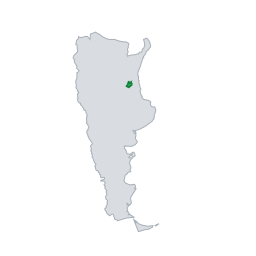 location of Paraná, Entre Ríos, Argentina, rotated 341°
{"feature_id": "61730980B11552095323688", "entity_name": "Paraná", "entity_type": "district", "adm_level": 2, "iso_a3": "ARG", "parent_name": "Argentina", "parent_adm1": "Entre Ríos", "projection": "natural_earth1", "projection_center": [-59.902, -31.635], "detail": "fine", "context": "in_parent", "style": "filled", "palette": "green", "viewbox_px": 256, "rotation_deg": 341, "n_neighbors": 0, "source": "geoboundaries", "source_scale": "gbopen_adm2", "svg_char_len": 4769}
<svg xmlns="http://www.w3.org/2000/svg" viewBox="0 0 256 256"><g transform="rotate(341 128 128)"><path d="M155.9,78.0L154.5,80.6L154.8,82.2L153.5,86.2L153.9,87.0L152.8,88.9L153.2,90.9L152.6,92.9L152.9,95.4L152.5,96.1L151.6,96.3L151.0,99.8L151.7,103.1L151.0,103.7L152.3,106.2L156.0,108.3L157.9,110.4L157.9,111.3L156.9,112.6L156.8,113.8L157.3,115.3L158.3,116.2L160.1,116.8L160.3,119.0L160.0,120.4L156.6,125.3L155.8,127.4L152.7,129.6L144.4,132.1L138.0,133.0L134.4,132.8L131.9,131.8L132.2,134.6L133.4,135.4L132.7,135.4L133.3,135.9L133.0,138.2L132.2,138.6L131.7,140.5L131.7,142.1L132.5,143.5L131.8,144.8L129.0,146.2L125.7,146.5L119.6,144.3L119.9,144.0L119.5,143.9L118.5,144.3L118.2,146.1L118.9,149.0L118.7,151.5L119.1,152.3L121.3,153.3L121.2,154.3L121.9,154.4L123.5,154.1L123.7,153.3L122.8,153.0L125.0,152.4L125.8,153.4L125.9,156.0L125.5,156.7L123.9,157.1L123.4,157.0L122.4,155.2L121.6,154.9L119.3,155.8L119.0,156.4L122.5,157.7L120.0,159.0L118.0,161.4L118.0,165.7L117.6,167.0L116.2,168.1L116.0,168.9L116.5,169.4L116.3,170.2L113.6,169.9L111.8,171.3L110.0,171.7L107.0,176.6L107.5,179.0L111.1,182.4L115.6,183.3L116.2,184.5L116.0,185.8L115.5,186.7L113.9,187.4L115.3,187.4L115.9,188.1L108.2,194.2L107.3,196.0L106.9,199.7L106.3,200.5L104.8,201.2L103.6,200.4L102.7,199.1L102.8,200.2L101.3,200.6L103.1,200.6L104.0,201.5L101.6,202.8L101.0,204.1L100.7,205.7L99.8,206.7L100.6,206.5L101.4,209.8L99.5,210.0L101.8,210.6L104.7,214.4L104.4,214.6L104.3,214.3L97.3,212.6L87.9,212.3L88.0,211.8L85.7,209.8L86.1,208.3L85.7,207.1L86.1,206.0L85.7,204.6L84.9,204.2L82.0,205.0L80.1,201.3L80.1,199.3L79.5,198.0L80.0,196.4L81.5,196.3L81.9,194.6L83.8,193.3L83.7,191.6L84.9,190.7L85.1,189.9L83.9,187.7L84.6,185.4L86.7,183.6L86.4,181.4L87.5,180.3L86.5,177.3L87.6,176.0L87.0,175.3L86.9,173.7L88.0,173.3L88.7,171.6L87.5,170.0L85.3,169.6L85.1,168.8L89.0,168.7L89.5,167.5L89.2,166.7L86.2,166.4L86.2,164.7L86.8,163.6L86.1,162.5L86.3,161.5L85.5,160.0L86.2,159.3L84.2,157.8L84.1,155.2L84.5,154.6L84.2,153.2L85.9,152.0L85.0,149.5L85.0,144.8L84.6,143.6L85.6,141.7L85.1,140.4L85.8,139.4L85.4,137.0L86.3,136.8L86.8,132.7L89.0,131.4L89.4,130.6L87.7,125.4L87.8,123.4L87.4,122.5L87.8,121.3L87.4,119.6L88.0,117.6L89.5,116.8L89.6,116.1L91.2,114.8L91.0,111.4L90.2,109.7L91.0,109.1L91.5,106.5L92.6,103.8L93.6,103.3L93.3,100.2L93.6,97.4L92.2,96.9L92.5,94.9L92.0,94.4L91.7,92.3L90.7,90.5L90.7,89.6L91.2,89.1L90.1,88.4L89.4,86.7L89.5,85.1L89.7,84.0L90.7,83.3L90.5,82.5L91.3,79.3L92.4,79.1L93.0,78.0L92.3,77.3L92.5,75.4L91.9,72.6L92.9,71.2L93.7,66.9L96.1,63.9L97.7,59.0L99.0,58.9L100.4,57.9L98.9,54.8L99.8,52.8L98.8,48.6L99.0,47.0L99.8,46.1L98.9,44.5L99.2,43.2L100.5,41.8L105.1,39.5L106.8,33.1L105.8,31.9L108.3,28.1L110.1,27.5L110.9,25.6L113.3,27.4L117.3,27.5L119.4,28.2L120.9,32.0L123.0,27.0L128.6,26.8L129.8,28.6L131.9,30.6L133.5,33.4L138.2,37.8L144.1,39.9L147.8,42.8L152.1,45.3L154.2,45.9L155.8,47.6L156.2,48.9L155.2,49.9L154.5,51.9L153.4,52.9L152.9,54.2L153.0,55.8L150.7,58.9L150.8,60.0L153.1,59.8L158.5,61.0L161.2,61.0L162.0,61.5L163.4,60.1L165.8,60.7L167.3,58.1L168.8,57.6L170.4,55.9L171.2,53.7L171.6,49.2L172.5,49.5L174.0,48.8L175.4,49.7L176.5,53.6L176.2,57.3L175.5,58.8L173.9,59.7L173.0,60.7L170.3,61.5L168.9,63.5L165.7,65.6L165.8,66.7L164.8,66.7L159.3,74.3L155.9,78.0ZM104.1,229.4L103.6,216.4L105.6,219.0L104.7,218.8L104.5,220.0L106.0,220.3L106.7,221.8L110.1,224.7L115.1,227.5L119.9,228.4L118.7,229.8L113.9,230.4L111.1,229.7L104.1,229.4ZM121.9,229.2L123.3,228.7L126.2,228.6L122.5,229.7L121.9,229.2ZM134.1,133.9L134.0,134.5L133.2,133.6L134.1,133.9Z" fill="#d9dde1" stroke="#a8b0b8" stroke-width="1"/><path d="M142.2,89.7L142.3,89.7L142.5,89.6L142.8,89.3L143.0,89.4L143.2,89.5L143.3,89.5L143.5,89.4L143.5,89.2L143.9,89.1L143.9,88.9L144.0,88.9L144.0,88.6L144.3,88.7L144.4,88.8L144.5,88.8L144.8,88.9L145.0,88.8L145.1,88.7L145.3,88.7L145.5,88.6L145.5,88.4L145.6,88.2L145.7,87.9L145.7,87.7L145.8,87.6L146.0,87.5L146.0,87.4L146.0,87.5L146.0,87.4L146.0,87.5L146.0,87.4L146.1,87.2L145.9,87.0L145.7,86.9L145.7,86.3L145.8,86.1L145.5,86.3L145.5,86.0L145.5,85.9L145.2,85.8L144.9,85.8L144.9,85.7L144.8,85.8L144.5,86.2L144.3,86.2L144.3,85.8L144.2,85.8L144.2,85.7L144.1,85.4L144.1,85.2L143.9,85.0L143.9,84.9L143.9,84.7L143.8,84.4L143.7,84.4L143.6,84.6L143.4,84.7L143.0,84.9L143.0,85.0L143.1,85.3L143.0,85.5L142.9,85.7L142.9,85.9L142.6,86.0L142.4,86.1L142.4,86.3L142.2,86.5L142.1,86.4L142.0,86.5L141.9,86.5L141.9,86.8L141.9,87.0L141.7,87.0L141.3,87.3L141.2,87.4L141.2,87.5L140.9,87.5L140.7,87.5L140.4,87.7L140.3,87.8L140.3,88.0L140.2,88.1L140.5,88.3L140.6,88.2L140.7,88.3L140.8,88.3L140.9,88.5L140.9,88.9L141.1,88.9L141.2,89.0L141.4,89.1L141.6,89.0L141.8,89.1L141.9,89.3L141.8,89.2L141.8,89.3L141.7,89.3L141.8,89.4L141.8,89.5L141.8,89.8L142.0,89.9L142.1,89.7L142.2,89.7Z" fill="#22c55e" stroke="#15803d" stroke-width="1.5"/></g></svg>